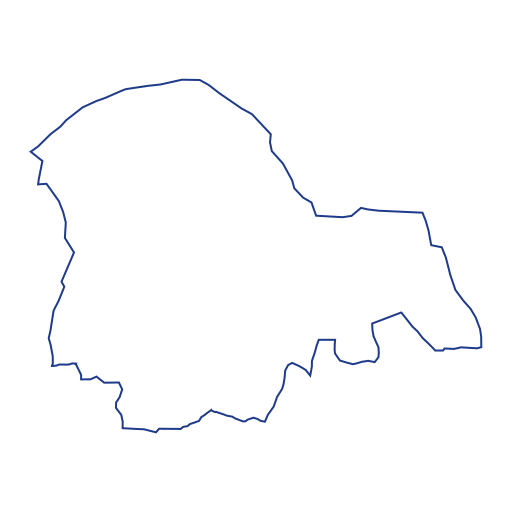 the district of Turkmenbasy, Balkan, Turkmenistan
{"feature_id": "10190150B25855408224134", "entity_name": "Turkmenbasy", "entity_type": "district", "adm_level": 2, "iso_a3": "TKM", "parent_name": "Turkmenistan", "parent_adm1": "Balkan", "projection": "albers", "projection_center": [54.807, 40.968], "detail": "fine", "context": "isolated", "style": "outline", "palette": "blue", "viewbox_px": 512, "rotation_deg": 0, "n_neighbors": 0, "source": "geoboundaries", "source_scale": "gbopen_adm2", "svg_char_len": 3290}
<svg xmlns="http://www.w3.org/2000/svg" viewBox="0 0 512 512"><path d="M52.0,365.8L51.9,365.9L51.9,366.0L52.0,366.0L56.4,365.6L59.3,364.5L67.8,364.6L68.0,364.5L69.2,364.4L69.3,364.4L69.5,364.4L71.2,363.7L72.6,363.4L73.7,363.5L74.4,363.5L75.6,363.6L75.2,364.0L76.0,364.4L77.5,367.4L79.2,370.9L80.9,374.4L80.9,374.5L81.2,375.7L81.1,377.6L81.1,377.9L81.1,379.4L90.5,379.3L96.5,376.6L104.2,382.7L118.9,382.5L122.2,389.4L119.6,397.2L116.1,402.5L116.0,407.9L121.3,414.9L122.7,421.8L122.6,428.2L126.4,428.4L139.2,429.1L144.3,429.3L146.4,429.9L156.0,432.3L158.9,429.0L159.2,428.7L163.7,428.8L168.1,428.8L172.7,428.9L177.7,428.9L180.6,429.0L183.0,427.0L183.1,426.9L186.5,426.3L187.4,426.2L188.6,425.2L190.0,424.0L191.0,423.7L193.5,422.9L199.0,420.9L200.0,419.3L201.4,417.0L201.6,416.9L204.5,415.1L205.7,414.1L207.2,412.9L208.1,412.3L211.0,410.2L211.0,410.3L215.1,412.1L216.3,411.9L217.0,412.2L220.6,413.4L223.4,414.3L224.7,414.8L226.6,415.6L227.6,415.8L231.4,416.5L232.2,416.6L232.3,416.7L235.6,418.6L238.0,419.5L241.4,420.8L243.0,421.4L245.5,421.3L246.6,420.4L247.4,419.8L247.8,419.6L250.4,418.7L253.5,417.7L253.8,417.8L256.0,418.5L257.8,419.1L258.2,419.4L260.5,420.8L264.6,421.6L264.9,421.7L267.5,415.6L267.8,414.9L268.1,414.5L273.8,406.4L276.5,398.5L277.0,397.0L277.2,396.7L280.0,392.3L282.2,388.7L283.6,383.9L284.6,377.7L285.2,370.6L286.1,368.8L287.9,365.5L288.1,365.1L289.0,364.6L292.1,362.9L296.0,364.6L299.4,366.2L301.7,367.5L304.9,369.5L305.8,370.0L306.8,371.3L308.3,373.2L310.2,375.6L311.2,370.3L311.9,366.2L311.9,363.5L311.9,361.2L312.6,358.9L314.7,352.8L316.5,346.2L316.8,345.2L317.2,344.1L318.8,339.8L335.1,339.8L334.9,342.0L334.8,343.9L334.7,344.0L334.7,347.4L334.6,349.8L335.0,353.4L337.4,356.9L337.5,357.1L339.9,360.5L345.7,362.3L352.9,364.2L357.3,363.2L362.3,361.7L364.6,361.4L367.1,361.0L368.1,360.8L374.7,362.1L378.4,357.3L378.8,353.5L378.7,351.3L378.5,347.9L378.5,347.5L377.2,344.5L376.4,342.8L375.5,340.7L374.5,338.4L374.0,337.2L373.5,336.2L373.3,335.0L373.3,334.5L373.1,333.5L372.8,332.3L372.5,330.2L372.4,328.7L372.3,326.0L372.2,323.5L392.3,315.9L401.2,312.5L401.4,312.6L412.8,327.0L416.5,330.4L417.1,330.9L419.3,333.7L422.8,338.2L425.4,340.6L428.8,343.9L429.7,344.8L431.1,346.2L432.9,348.0L435.2,350.5L435.3,350.5L443.0,350.5L444.5,348.5L454.2,348.9L460.4,347.5L460.6,347.4L461.1,347.3L463.5,347.5L477.1,348.3L478.9,347.8L481.0,347.3L481.3,347.2L481.2,339.5L481.2,336.6L481.1,336.2L480.0,328.9L475.7,317.5L470.7,309.0L463.2,300.5L460.1,296.3L455.4,289.9L451.6,278.8L450.3,275.0L448.9,269.5L445.9,257.7L444.5,254.0L444.4,254.0L441.8,247.3L441.4,247.2L431.3,245.2L431.2,245.1L430.1,239.2L428.6,230.8L425.6,220.5L422.5,212.7L378.5,210.7L367.7,209.4L361.0,207.9L351.5,215.9L342.6,217.2L316.1,215.7L311.5,202.5L303.2,197.7L294.3,188.3L292.2,180.5L282.9,163.5L271.8,151.1L270.0,142.3L270.8,134.3L251.9,114.1L241.6,108.5L219.2,93.1L208.6,84.9L199.7,80.0L181.9,79.7L160.4,84.5L147.5,85.9L126.6,89.0L123.6,89.9L111.9,95.0L105.5,97.8L96.2,101.1L82.7,107.3L66.3,120.1L60.4,126.6L50.6,134.1L38.1,146.4L30.7,151.7L42.4,161.0L38.8,179.1L38.1,184.4L46.5,183.8L58.8,201.0L63.1,211.9L65.8,222.5L64.9,237.9L74.0,252.5L61.5,281.7L64.3,286.7L58.6,300.9L53.6,310.6L50.4,330.9L48.7,338.2L50.7,345.2L52.7,356.0L52.8,359.9L52.8,363.3L52.0,365.8Z" fill="none" stroke="#1e3a8a" stroke-width="2"/></svg>